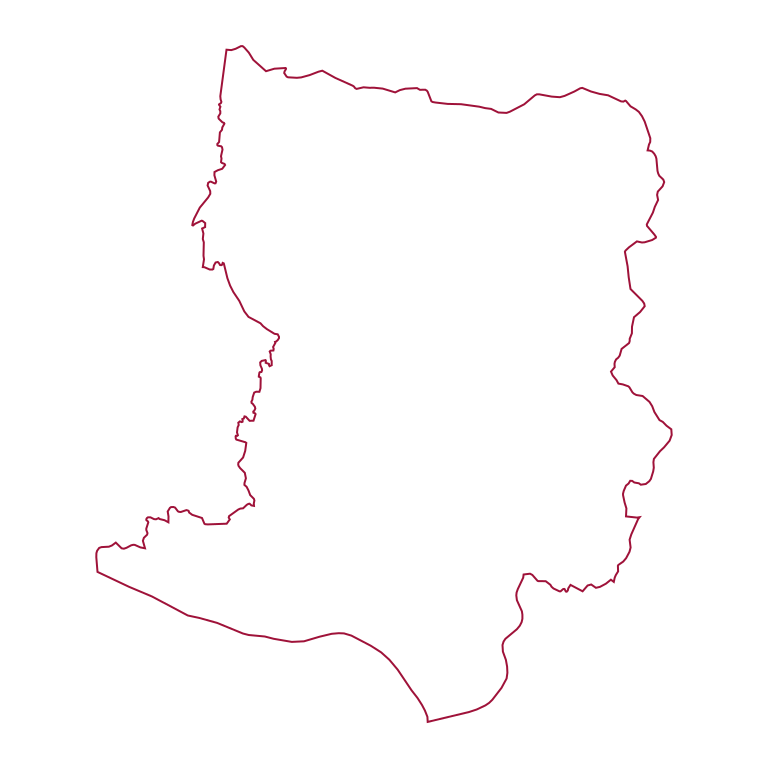 outline of Uong Bi, Quảng Ninh, Vietnam
{"feature_id": "81297802B42641748496229", "entity_name": "Uong Bi", "entity_type": "district", "adm_level": 2, "iso_a3": "VNM", "parent_name": "Vietnam", "parent_adm1": "Quảng Ninh", "projection": "robinson", "projection_center": [106.761, 21.071], "detail": "fine", "context": "isolated", "style": "outline", "palette": "rose", "viewbox_px": 768, "rotation_deg": 0, "n_neighbors": 0, "source": "geoboundaries", "source_scale": "gbopen_adm2", "svg_char_len": 6068}
<svg xmlns="http://www.w3.org/2000/svg" viewBox="0 0 768 768"><path d="M97.5,571.9L129.0,586.8L152.0,596.5L187.8,615.5L199.1,617.9L217.1,622.9L242.9,633.5L248.7,635.0L264.8,636.5L273.7,638.8L291.8,641.9L304.0,641.3L319.6,636.7L331.7,633.8L338.7,633.2L344.0,633.4L351.4,635.6L370.7,645.7L381.2,652.4L389.4,659.8L397.7,669.7L411.6,690.4L417.6,698.1L422.0,705.0L424.9,710.5L427.4,716.8L427.7,721.9L469.1,712.0L476.7,709.5L485.4,705.4L489.1,702.9L492.3,699.8L501.5,687.9L506.6,678.5L507.4,672.8L507.1,666.6L505.9,659.9L502.9,651.6L502.5,645.0L503.6,641.5L505.4,638.8L516.9,629.2L519.8,625.7L521.6,622.2L522.4,618.8L522.4,614.7L521.9,611.3L516.9,600.2L516.3,595.4L516.6,592.5L517.8,589.1L523.2,577.7L523.6,574.5L530.0,573.7L532.3,574.9L537.5,580.8L538.2,581.1L545.7,581.2L550.4,584.8L551.5,586.7L553.5,588.5L559.4,591.3L560.6,591.3L563.1,589.1L564.1,588.9L564.6,589.1L565.8,591.5L566.7,591.7L567.8,590.5L568.3,588.3L570.5,584.9L582.6,591.3L587.6,585.5L591.2,584.5L595.9,587.8L599.9,586.9L605.9,583.7L610.9,579.7L613.8,581.9L614.7,577.7L615.8,575.1L618.1,571.4L617.9,565.8L618.4,564.9L623.2,561.6L626.1,558.2L629.5,551.8L630.6,547.5L629.6,539.7L631.3,534.4L638.1,519.1L639.6,517.2L637.0,517.6L626.0,516.4L626.4,508.4L624.6,502.5L623.1,495.4L623.0,493.9L623.7,491.0L626.0,485.6L628.6,483.5L630.2,480.8L632.2,480.9L634.3,482.5L638.9,483.3L640.8,484.7L645.8,484.0L649.3,481.2L650.9,478.9L653.2,471.4L653.8,467.7L653.4,462.2L653.9,458.9L660.0,451.2L664.0,447.4L669.6,440.7L671.7,435.0L671.3,429.3L666.5,425.7L662.8,421.9L659.5,420.1L654.4,412.0L652.2,406.2L649.5,401.9L642.6,396.0L636.3,395.0L633.9,393.7L632.4,392.3L629.4,387.3L628.3,386.3L622.8,384.4L618.4,383.6L616.5,380.1L612.7,375.5L611.0,371.6L614.7,367.2L614.5,363.8L614.9,361.8L616.1,359.4L618.2,357.7L619.7,355.6L621.6,348.9L629.1,343.0L629.7,341.0L629.7,338.8L631.9,333.3L632.0,326.7L634.0,317.2L640.1,312.0L644.7,306.2L644.2,303.6L642.4,300.9L630.5,289.0L628.7,277.2L627.6,266.3L624.9,251.8L625.5,250.6L629.0,247.3L636.9,241.4L642.0,242.5L644.6,242.3L652.2,240.0L655.9,237.7L656.0,236.9L654.4,234.6L647.0,225.9L646.8,224.4L652.9,212.6L654.8,206.9L658.1,200.0L657.1,194.9L657.8,191.6L662.6,186.3L664.2,182.1L663.3,179.6L659.3,175.8L658.2,173.5L657.5,170.9L656.4,158.7L655.7,156.3L654.2,153.7L652.2,151.5L649.9,150.6L647.6,150.4L649.0,144.5L650.2,142.0L650.3,138.2L644.7,121.6L642.0,116.2L638.9,111.9L635.7,109.4L630.5,106.3L626.0,101.0L625.2,100.6L623.4,101.6L621.1,101.4L608.1,95.3L599.6,93.9L591.0,91.5L582.3,87.9L580.2,88.3L574.4,91.5L564.6,95.9L559.9,97.2L551.7,96.6L539.1,94.3L536.9,94.3L534.8,95.4L524.2,104.3L509.9,111.7L506.6,112.9L498.4,112.5L491.1,108.9L485.1,108.1L479.3,106.7L461.0,104.2L447.6,103.9L435.4,102.5L432.6,102.0L431.4,101.3L427.7,91.8L426.8,90.6L425.2,89.7L419.9,89.8L417.0,88.1L405.4,88.7L399.9,90.1L395.2,92.4L382.7,88.6L373.8,87.7L369.6,87.8L363.5,87.3L356.6,88.9L355.2,88.2L353.9,86.5L352.7,85.7L335.5,78.0L322.3,70.7L318.5,71.7L309.6,75.1L301.2,77.4L296.9,77.8L288.0,77.3L286.6,76.6L284.2,73.0L284.6,71.3L285.9,69.2L286.0,68.4L285.5,68.0L274.4,68.7L266.0,71.2L253.3,59.9L248.8,52.6L244.3,47.5L242.6,46.1L241.0,46.1L235.6,48.8L231.3,50.1L226.5,49.7L220.3,96.2L220.6,99.4L221.4,101.9L220.9,103.1L219.1,104.3L219.0,104.7L220.4,106.7L219.5,109.5L220.3,111.1L220.3,113.4L218.3,116.7L218.6,118.4L219.2,119.2L222.4,122.3L224.0,122.9L224.4,123.7L222.3,127.4L222.0,129.8L219.9,132.4L219.1,142.0L217.3,144.0L217.4,145.2L218.0,145.7L221.2,146.3L222.0,147.2L222.5,149.6L221.0,156.2L221.5,158.6L221.0,162.1L221.8,162.9L224.5,163.9L225.1,165.0L222.2,168.8L217.9,170.2L214.5,172.0L214.4,175.3L216.2,181.6L215.5,183.3L214.6,183.4L211.0,181.7L210.0,181.7L208.2,182.8L207.6,185.5L210.2,191.1L210.3,193.8L208.1,197.5L199.8,207.6L194.2,218.5L192.9,222.0L192.3,225.1L193.0,225.5L195.2,223.7L201.6,220.7L202.5,220.9L205.2,223.1L205.1,227.1L202.1,228.5L203.4,233.5L202.8,239.0L203.8,242.3L203.5,255.8L204.0,259.3L202.8,267.1L204.4,267.2L209.7,269.5L212.5,269.5L213.3,269.0L213.9,265.5L215.6,262.5L217.8,262.0L219.2,263.4L219.9,264.9L221.1,265.2L222.0,264.8L222.7,262.9L223.8,263.4L227.4,278.2L230.1,285.6L233.4,292.1L239.3,300.9L244.3,311.4L248.5,316.9L260.5,323.3L263.1,326.2L267.0,329.2L274.5,333.8L277.7,334.3L279.0,336.8L279.0,338.1L277.9,339.9L276.2,341.5L275.0,341.9L275.3,343.0L273.1,347.0L273.7,348.9L273.4,350.5L270.5,350.7L269.7,351.5L270.7,354.2L270.6,356.5L270.9,359.3L271.7,361.0L271.7,365.2L269.6,366.2L269.1,365.4L268.9,363.9L265.7,362.8L265.9,360.9L265.5,360.1L261.7,360.9L260.2,362.4L260.4,365.3L261.9,368.7L262.1,370.3L261.4,372.0L259.7,372.2L259.4,372.7L258.8,376.2L258.8,376.7L260.4,377.4L260.7,378.2L260.5,388.2L259.4,391.8L256.2,391.7L254.2,392.6L252.7,397.1L252.4,399.7L251.4,401.7L251.6,403.0L252.8,403.9L254.9,406.8L255.3,408.6L254.2,410.8L253.3,411.5L253.4,412.7L255.0,413.3L255.6,414.1L253.5,420.7L249.6,420.8L245.8,416.7L244.5,416.4L243.8,418.5L242.3,419.1L242.7,420.9L242.5,421.8L241.5,422.1L239.9,421.4L238.3,422.7L238.7,425.0L237.6,427.4L237.0,432.4L237.9,435.3L237.1,435.9L235.9,435.8L235.6,436.4L235.8,438.7L236.4,439.6L245.3,442.2L246.3,442.9L245.2,450.9L243.1,457.5L238.4,462.7L238.2,464.4L238.5,465.8L240.1,468.1L244.8,472.8L245.9,478.3L244.5,483.0L244.4,484.9L246.6,486.8L248.5,490.5L250.2,495.1L253.9,498.8L254.4,500.5L253.8,503.4L254.0,505.9L251.4,505.4L249.6,503.7L248.4,503.9L246.8,504.8L243.1,508.3L240.3,508.6L238.3,509.5L229.1,516.1L228.7,517.6L229.8,519.4L226.7,523.7L207.8,524.4L205.2,524.2L204.4,523.7L202.0,518.0L192.2,514.8L189.1,512.5L188.7,511.0L187.9,510.5L186.4,510.1L180.8,512.0L178.9,511.8L177.9,511.3L175.1,507.6L173.4,507.0L171.0,507.1L169.9,507.9L167.7,511.5L168.5,516.4L168.4,522.3L164.5,520.2L159.5,519.0L158.6,518.1L156.0,519.3L154.0,519.1L150.4,517.3L148.0,517.3L146.9,518.1L146.3,519.2L146.4,520.2L147.9,521.4L148.3,522.3L146.3,528.6L146.3,530.0L147.5,533.1L147.1,534.7L143.9,537.8L142.9,540.8L145.0,548.3L140.4,547.4L134.8,544.9L133.2,544.8L131.2,545.3L126.5,547.8L123.9,548.7L121.6,548.3L115.8,542.6L111.9,545.5L108.9,546.7L101.5,547.1L99.2,547.9L97.1,550.8L96.4,553.2L96.3,557.2L97.5,571.9Z" fill="none" stroke="#9f1239" stroke-width="2"/></svg>